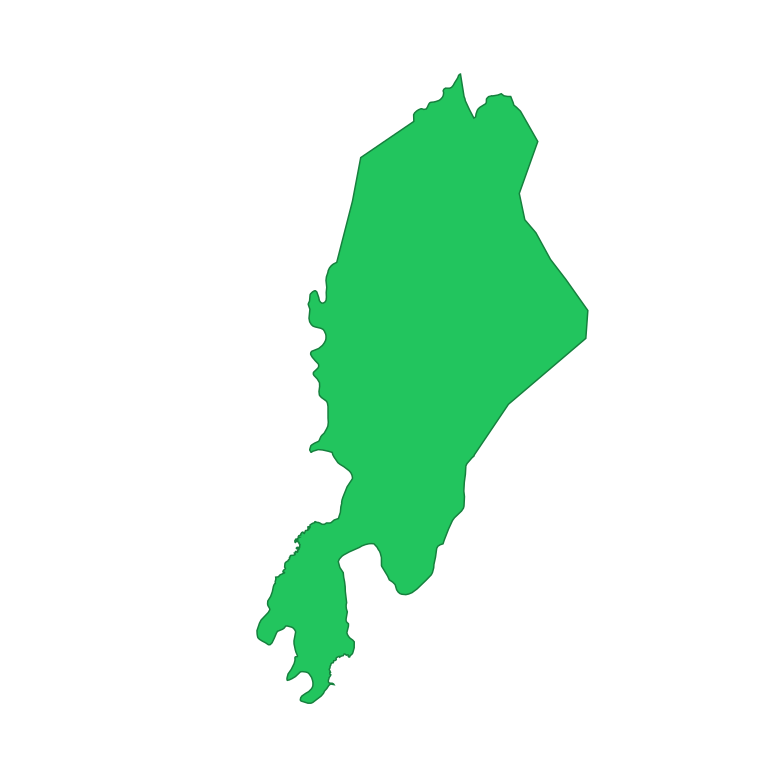 outline of Mon Repos, Praslin, Saint Lucia, rotated 124°
{"feature_id": "8701671B32794864311067", "entity_name": "Mon Repos", "entity_type": "district", "adm_level": 2, "iso_a3": "LCA", "parent_name": "Saint Lucia", "parent_adm1": "Praslin", "projection": "mercator", "projection_center": [-60.893, 13.858], "detail": "fine", "context": "isolated", "style": "filled", "palette": "green", "viewbox_px": 768, "rotation_deg": 124, "n_neighbors": 0, "source": "geoboundaries", "source_scale": "gbopen_adm2", "svg_char_len": 6134}
<svg xmlns="http://www.w3.org/2000/svg" viewBox="0 0 768 768"><g transform="rotate(124 384 384)"><path d="M84.3,493.9L85.1,494.5L86.5,494.7L88.8,494.1L90.6,494.0L94.6,493.9L97.7,493.6L100.3,493.9L102.1,495.0L104.4,498.5L106.2,499.2L107.9,498.9L109.2,497.4L111.7,496.2L113.6,495.9L116.5,496.3L118.2,497.0L120.6,498.8L122.2,500.2L124.4,502.8L125.3,503.3L126.9,503.4L130.4,502.8L132.4,502.8L134.1,504.5L134.7,506.6L135.2,507.3L137.3,508.7L139.4,509.6L142.1,510.2L144.2,510.0L149.6,506.1L209.3,529.9L250.0,512.4L309.6,491.2L312.6,492.9L313.8,493.4L315.7,493.9L318.2,494.1L321.0,493.7L323.2,492.8L327.3,491.7L330.6,490.0L335.9,485.5L340.4,483.1L344.2,480.3L347.0,478.8L349.2,478.8L350.9,479.6L351.7,480.8L351.7,482.3L351.0,484.2L348.7,486.6L345.3,491.1L345.1,492.0L345.1,493.1L345.8,493.9L347.7,494.8L350.3,495.3L351.3,495.2L356.9,492.1L359.6,491.7L360.4,491.3L363.5,487.2L371.5,482.9L374.0,480.4L375.4,477.4L375.7,475.1L375.1,472.8L373.1,467.5L372.8,465.0L373.3,463.4L375.2,460.3L376.5,459.0L378.8,457.5L380.7,456.8L383.4,456.5L386.4,456.6L391.1,458.0L397.3,462.2L398.7,462.3L400.2,461.6L401.0,460.4L402.0,458.2L403.2,453.9L404.0,450.1L404.4,449.2L405.7,448.1L407.1,447.7L408.3,447.8L413.2,448.9L414.0,448.9L415.3,448.2L416.1,446.8L417.1,442.2L419.0,438.2L422.0,436.0L426.6,433.7L429.3,431.4L429.9,429.8L430.2,428.1L430.4,422.5L430.8,421.3L431.5,420.2L434.0,417.8L443.6,411.3L447.0,408.7L450.3,407.0L453.2,406.5L458.3,406.1L461.2,406.8L463.0,406.9L467.3,406.1L468.3,406.3L471.9,408.5L474.8,409.8L476.1,410.1L479.7,409.0L480.3,408.6L481.4,406.4L481.2,406.1L479.4,405.3L475.2,401.9L473.1,398.2L470.9,392.6L469.7,388.7L471.2,387.0L472.5,384.6L475.0,378.2L475.2,375.5L475.0,371.1L475.4,364.5L475.7,363.2L476.3,361.5L477.7,359.3L479.6,357.5L480.6,357.2L489.9,357.1L500.6,354.8L503.7,353.9L505.9,352.9L506.3,352.4L509.9,351.1L514.8,348.4L521.0,346.6L524.7,349.3L528.7,350.4L529.8,351.5L531.3,353.9L532.7,354.6L533.6,354.8L535.0,357.1L535.1,359.3L535.5,361.0L536.2,362.2L536.6,364.1L536.9,364.3L537.6,363.9L539.6,365.4L542.2,366.5L544.2,365.3L544.3,366.6L545.1,367.2L545.7,366.6L545.5,365.9L545.2,365.5L545.8,365.1L546.1,365.1L546.7,366.0L547.0,366.0L547.4,365.4L547.9,365.4L549.4,367.1L552.4,366.5L552.6,367.1L552.1,368.3L552.4,368.7L553.2,369.1L554.9,369.1L555.7,368.6L557.5,369.8L558.5,369.7L559.0,369.0L558.7,368.5L560.4,369.4L560.9,369.2L561.4,368.2L562.5,369.2L562.3,369.6L561.6,369.8L562.0,370.4L564.0,370.2L565.0,369.1L564.9,368.8L563.6,368.7L563.0,367.5L562.9,365.9L563.9,365.2L564.0,364.0L566.7,362.6L568.0,364.7L569.1,364.9L569.4,364.4L569.1,363.6L568.5,362.9L567.9,362.9L568.2,362.2L569.7,362.3L570.2,362.5L571.2,361.7L571.8,361.7L572.0,361.9L571.8,362.9L572.1,363.5L572.4,363.7L573.3,363.1L574.3,363.8L574.6,362.8L575.2,362.4L576.7,363.4L578.2,365.4L578.8,365.6L579.7,365.1L580.2,365.4L580.9,365.3L581.7,364.5L583.6,364.9L584.3,364.7L585.0,365.1L586.9,365.8L588.0,365.8L591.4,364.0L591.7,362.8L592.3,362.5L594.5,363.1L595.3,363.1L596.2,362.8L596.4,362.1L595.9,361.5L595.9,361.1L596.3,360.9L600.0,363.2L601.0,363.6L602.9,363.7L604.7,365.8L606.1,364.6L608.7,363.7L610.2,362.5L610.7,362.9L611.8,362.9L613.6,362.5L618.7,360.4L623.5,359.2L628.9,359.0L631.5,357.5L632.6,356.3L634.0,353.4L635.0,352.4L638.1,352.2L648.4,353.9L651.9,353.5L659.5,351.4L662.2,349.4L663.7,348.0L664.8,346.7L665.1,345.6L665.3,344.4L665.2,341.2L664.8,337.7L664.8,334.2L664.5,333.5L663.7,332.6L661.2,332.1L656.2,332.8L650.6,333.9L648.6,334.0L644.1,331.0L642.3,330.3L639.7,330.1L638.8,329.1L637.2,324.6L637.1,322.8L637.6,320.9L638.4,319.2L639.2,318.5L647.3,315.0L649.8,313.2L653.9,309.0L655.5,307.1L657.5,304.0L658.4,303.4L659.8,304.9L660.7,304.8L662.6,303.4L665.9,302.2L672.4,301.3L678.0,301.4L681.5,300.2L682.7,299.6L683.6,298.8L683.7,298.4L682.2,297.0L679.7,295.5L676.0,293.8L669.3,292.3L668.0,290.7L666.6,288.0L665.9,285.8L666.2,283.8L667.8,279.9L669.8,277.4L671.3,275.9L672.5,275.1L674.0,274.2L675.5,273.8L677.4,273.7L681.1,274.4L684.4,276.0L688.6,277.6L690.7,277.6L692.8,276.7L693.2,275.5L691.2,268.7L689.5,266.1L687.9,265.0L677.8,261.6L674.3,261.2L671.8,261.6L668.5,261.1L664.8,261.2L663.1,260.7L662.5,260.3L661.2,257.4L660.9,258.1L661.0,259.4L662.5,262.0L662.2,263.4L660.5,264.6L659.2,264.8L658.3,265.3L655.5,265.3L654.8,265.5L654.8,266.8L653.9,267.4L653.7,267.1L652.9,267.1L652.8,267.9L652.3,268.0L651.4,269.7L650.7,270.0L649.7,270.0L648.0,270.9L646.9,270.9L645.8,271.4L644.7,271.3L643.7,270.8L643.7,270.4L642.7,270.4L641.5,271.0L640.7,270.0L639.7,269.5L639.1,269.5L638.5,270.2L637.8,270.4L636.8,270.1L635.0,269.0L634.7,268.5L635.2,268.0L633.2,267.1L632.0,265.9L630.2,266.1L629.7,265.5L629.9,263.6L629.1,263.0L628.7,262.3L629.7,261.4L630.0,260.6L629.6,259.9L629.2,259.8L628.3,260.2L626.1,259.5L624.5,259.5L619.4,261.2L614.4,264.5L613.8,266.7L613.7,269.9L613.4,271.3L612.5,273.6L611.4,275.2L610.8,275.8L604.8,278.0L603.3,278.9L602.6,279.5L602.4,281.5L601.5,283.0L600.1,284.0L593.4,287.0L591.5,289.4L589.5,291.1L587.8,292.1L586.3,292.6L577.7,300.0L573.7,302.9L570.0,306.1L566.8,309.3L563.2,312.3L560.8,318.0L556.8,322.6L554.1,323.1L550.4,322.6L548.4,321.9L542.6,318.9L533.2,313.0L530.6,311.8L527.5,309.6L524.8,307.1L523.3,305.1L522.1,303.0L523.2,298.4L524.5,296.0L525.0,294.5L526.2,292.6L529.3,289.1L535.9,284.6L536.4,284.0L541.2,273.6L543.4,270.1L543.4,265.9L544.1,262.6L547.5,258.5L548.6,255.8L548.8,253.5L548.3,251.6L546.4,248.1L544.3,246.1L541.3,244.1L535.4,242.0L523.2,239.4L515.8,238.1L513.2,238.4L508.6,240.0L505.7,241.7L498.7,244.5L490.8,248.4L488.3,248.6L485.8,247.5L483.5,245.7L479.6,246.8L468.1,249.4L458.9,250.9L455.5,250.8L446.0,248.7L442.5,248.7L440.5,249.4L432.4,254.3L428.2,257.9L420.5,262.5L413.4,266.0L406.2,270.3L403.6,270.7L396.0,269.8L393.3,269.1L392.5,269.5L331.2,269.5L233.3,242.2L209.1,256.1L195.7,291.5L187.6,315.7L173.7,342.6L169.1,359.1L150.4,378.4L97.0,392.1L81.5,423.4L80.5,428.9L80.2,432.3L78.5,434.3L74.8,439.7L76.6,442.5L78.0,445.7L77.8,449.1L80.8,451.2L84.7,455.3L84.7,455.7L87.3,458.0L89.3,458.4L90.5,458.4L93.4,456.6L94.9,456.5L100.9,459.2L103.0,459.7L104.9,459.7L108.7,458.7L111.3,457.4L113.3,458.2L108.7,466.7L103.7,475.0L102.2,476.5L100.9,478.4L84.3,493.9Z" fill="#22c55e" stroke="#15803d" stroke-width="1.5"/></g></svg>